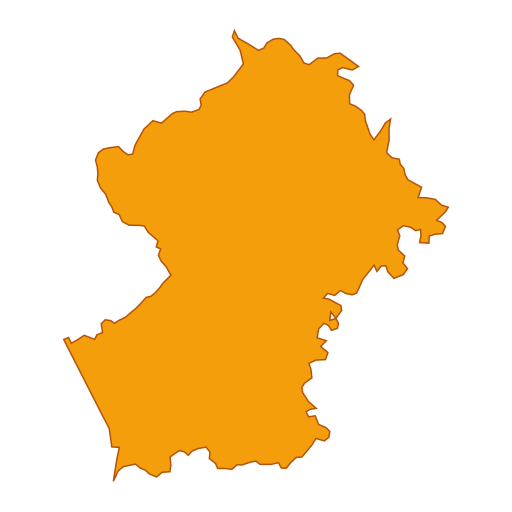 the district of São José da Boa Vista, Paraná, Brazil
{"feature_id": "56859067B10835162552954", "entity_name": "São José da Boa Vista", "entity_type": "district", "adm_level": 2, "iso_a3": "BRA", "parent_name": "Brazil", "parent_adm1": "Paraná", "projection": "robinson", "projection_center": [-49.657, -23.956], "detail": "fine", "context": "isolated", "style": "filled", "palette": "amber", "viewbox_px": 512, "rotation_deg": 0, "n_neighbors": 0, "source": "geoboundaries", "source_scale": "gbopen_adm2", "svg_char_len": 2990}
<svg xmlns="http://www.w3.org/2000/svg" viewBox="0 0 512 512"><path d="M340.2,53.2L334.5,53.7L326.6,58.0L317.8,58.1L309.1,64.7L303.9,63.0L299.9,55.9L293.8,49.8L290.8,45.4L284.3,39.5L279.2,38.4L273.3,39.1L266.9,43.0L263.9,48.0L258.5,50.4L247.6,43.6L238.0,38.1L234.4,30.7L232.3,37.0L240.1,50.1L243.4,63.9L233.5,77.0L227.4,82.9L205.0,92.0L200.1,99.0L201.2,105.3L198.9,109.5L191.6,112.2L185.0,111.2L176.5,111.7L172.3,113.6L161.5,123.1L152.9,120.7L144.0,129.0L134.9,145.4L132.7,154.1L128.0,154.8L123.0,151.3L118.5,146.6L109.6,147.7L103.0,149.2L98.3,152.9L95.5,160.1L97.3,166.9L97.9,174.0L97.3,180.3L100.5,188.0L105.7,194.3L108.9,202.5L111.7,206.8L113.9,212.3L119.1,214.4L122.4,221.6L129.0,225.2L139.7,225.4L144.2,226.0L148.4,232.5L157.9,240.7L156.3,247.0L160.7,248.9L158.4,255.2L161.2,261.2L166.0,266.5L170.9,275.2L162.7,283.4L159.4,288.2L155.1,292.9L151.1,296.2L146.2,297.4L140.6,303.6L136.3,308.0L125.0,317.5L118.6,320.5L114.6,323.3L110.7,320.6L105.2,319.8L101.2,323.8L102.6,332.5L96.9,334.8L94.6,339.4L84.2,335.3L77.2,340.0L71.3,343.2L68.6,337.5L63.7,339.5L102.3,415.2L109.2,428.3L111.8,446.9L119.3,447.4L116.7,460.0L113.3,481.3L118.2,470.9L123.5,466.6L135.5,464.1L140.6,468.3L145.2,470.1L149.3,473.9L156.6,477.0L162.1,472.3L169.9,471.7L170.9,465.5L170.1,457.0L174.9,453.5L179.4,450.7L184.3,451.8L188.3,455.3L192.0,451.2L197.9,448.6L206.0,447.1L210.0,452.1L209.3,458.4L215.6,463.6L217.7,468.5L225.5,468.5L231.9,469.3L237.3,464.7L242.0,465.0L246.3,463.5L251.2,462.0L255.9,461.1L260.1,464.4L271.4,464.3L278.5,462.7L281.3,468.0L286.3,468.2L290.8,462.5L296.2,457.5L301.9,457.0L311.5,445.6L315.9,438.5L324.4,440.9L328.8,437.4L329.8,431.6L326.3,427.8L318.6,424.4L315.2,415.8L308.6,416.8L306.0,411.8L310.0,409.4L316.2,408.3L308.6,401.7L302.7,392.7L301.8,387.3L304.8,382.9L311.9,377.9L310.9,369.2L308.9,363.4L315.9,360.1L325.5,359.6L327.9,352.6L320.7,346.5L326.3,340.8L317.1,337.8L318.7,328.8L324.0,323.3L328.4,325.4L331.5,330.4L337.4,328.3L338.5,323.5L335.9,318.4L341.6,310.5L340.9,305.5L335.5,302.7L329.1,299.2L323.4,298.1L327.7,293.4L334.7,295.4L340.7,290.5L345.5,293.4L352.1,294.8L356.5,293.2L358.8,288.5L362.6,279.6L369.2,271.4L374.1,265.1L376.9,271.4L381.4,265.9L385.9,265.9L387.9,271.9L393.9,278.4L403.2,274.7L407.5,268.6L402.9,262.9L404.7,256.1L398.4,250.1L397.2,244.9L399.8,235.8L397.5,229.8L403.5,225.7L410.8,227.4L415.7,230.6L420.5,229.5L421.0,235.5L419.6,242.6L428.9,243.2L429.2,236.1L435.1,234.2L442.4,233.6L445.5,226.5L442.2,222.7L436.6,220.3L445.5,211.7L448.3,207.2L441.4,205.1L435.3,199.4L426.6,197.8L418.1,197.5L421.6,187.3L408.0,179.8L405.2,174.9L403.7,168.3L400.2,164.1L399.3,159.2L392.0,157.8L386.6,152.6L387.8,146.6L389.1,140.1L389.0,128.6L390.6,119.0L385.2,123.2L380.9,130.5L373.9,139.8L370.0,134.1L365.4,120.7L364.7,114.5L361.4,110.3L355.6,106.3L349.6,103.7L349.4,94.8L353.6,85.2L349.4,80.5L344.2,78.6L337.6,75.6L337.8,69.8L342.8,67.6L352.2,70.0L358.6,66.5L340.2,53.2ZM335.9,318.4L329.8,320.5L330.8,311.8L335.9,318.4Z" fill="#f59e0b" stroke="#b45309" stroke-width="1.5"/></svg>